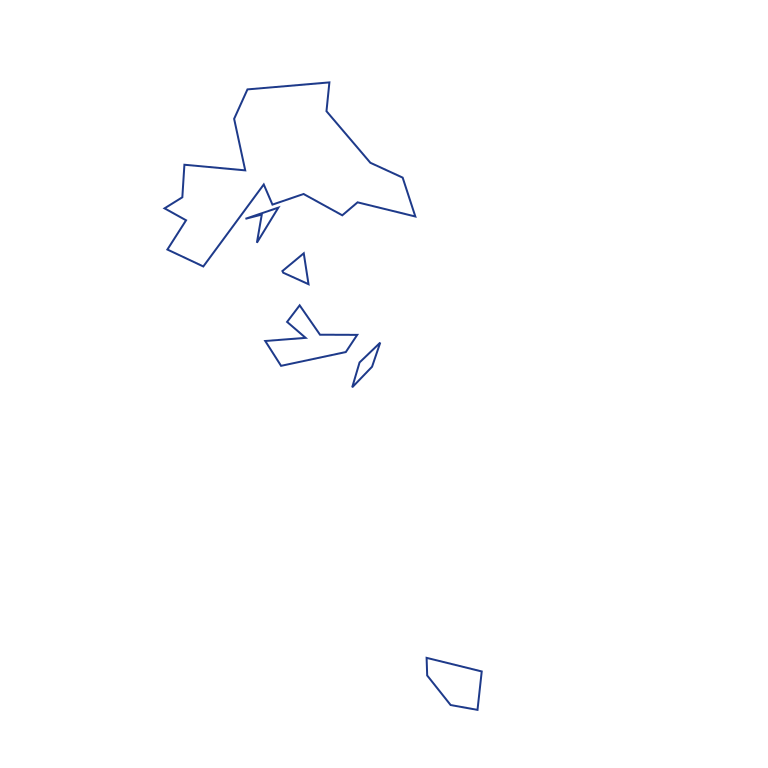 SVG path tracing the border of Attiki, rotated 324°
{"feature_id": "GRC-2884", "entity_name": "Attiki", "entity_type": "Region", "adm_level": 1, "iso_a3": "GRC", "parent_name": "Greece", "parent_adm1": "", "projection": "mercator", "projection_center": [23.522, 37.086], "detail": "coarse", "context": "isolated", "style": "outline", "palette": "blue", "viewbox_px": 768, "rotation_deg": 324, "n_neighbors": 0, "source": "natural_earth", "source_scale": "10m", "svg_char_len": 767}
<svg xmlns="http://www.w3.org/2000/svg" viewBox="0 0 768 768"><g transform="rotate(324 384 384)"><path d="M446.7,65.4L517.1,107.9L497.8,129.5L503.0,197.0L520.4,228.0L507.8,266.9L469.4,221.5L449.4,223.0L430.6,183.0L399.2,173.3L404.0,151.9L306.9,182.7L287.8,147.9L320.1,135.2L309.7,112.9L330.6,114.4L351.4,89.3L397.3,129.6L418.6,81.4L446.7,65.4ZM313.2,279.4L347.7,300.6L342.1,276.8L362.0,270.8L361.2,306.5L391.2,328.5L371.9,335.7L311.4,308.8L313.2,279.4ZM257.5,630.6L294.1,674.0L268.1,702.6L249.2,682.9L247.6,645.2L257.5,630.6ZM364.2,195.0L384.7,175.1L369.0,168.9L402.2,179.2L364.2,195.0ZM395.9,231.1L381.6,258.9L367.9,234.8L368.2,232.9L395.9,231.1ZM405.3,348.3L384.5,363.0L356.3,368.0L376.9,352.2L405.3,348.3Z" fill="none" stroke="#1e3a8a" stroke-width="2"/></g></svg>